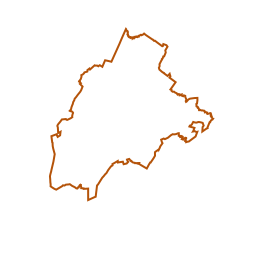 Zantes pag., Kandavas, Latvia (Natural Earth projection), rotated 122°
{"feature_id": "27541924B93807548705439", "entity_name": "Zantes pag.", "entity_type": "district", "adm_level": 2, "iso_a3": "LVA", "parent_name": "Latvia", "parent_adm1": "Kandavas", "projection": "natural_earth1", "projection_center": [22.704, 56.858], "detail": "fine", "context": "isolated", "style": "outline", "palette": "amber", "viewbox_px": 256, "rotation_deg": 122, "n_neighbors": 0, "source": "geoboundaries", "source_scale": "gbopen_adm2", "svg_char_len": 5339}
<svg xmlns="http://www.w3.org/2000/svg" viewBox="0 0 256 256"><g transform="rotate(122 128 128)"><path d="M107.3,69.3L99.4,66.2L94.5,67.2L95.2,67.9L95.3,69.7L96.5,71.0L96.2,71.0L92.7,71.7L94.2,76.7L93.3,76.8L93.1,76.3L91.1,75.7L88.3,75.9L87.8,74.0L87.1,72.7L85.7,71.6L85.1,70.5L84.6,69.2L84.1,67.4L85.9,65.1L87.7,65.2L91.6,63.1L87.1,61.2L85.9,60.4L85.3,60.9L80.1,61.8L80.1,61.6L79.9,61.6L79.6,61.4L79.2,61.4L77.7,61.7L75.9,60.8L75.4,60.8L75.2,60.8L75.3,61.0L75.1,61.4L74.8,62.3L74.7,62.6L74.1,62.8L73.9,63.0L74.2,63.3L74.3,63.5L73.9,64.3L73.7,64.4L73.2,64.3L72.9,64.4L72.9,64.8L72.3,65.0L72.0,65.2L71.7,65.6L71.6,65.8L72.0,66.4L72.6,66.8L73.2,67.3L73.6,67.7L73.6,67.9L73.9,68.1L74.0,68.2L73.9,68.4L73.7,68.6L73.4,68.8L73.6,68.9L73.4,69.3L73.2,69.9L73.2,70.3L74.0,71.1L73.1,71.8L73.0,72.8L73.4,73.2L73.5,74.0L74.2,75.0L74.3,76.2L74.8,76.5L75.2,77.2L74.5,77.7L74.0,78.3L73.8,78.8L73.7,79.0L73.9,79.2L73.8,79.3L73.8,79.8L73.2,80.0L73.2,80.9L73.3,81.4L71.4,82.8L70.6,82.5L67.7,83.8L65.7,85.1L67.3,87.4L70.3,91.0L71.8,91.9L74.5,92.3L75.1,92.6L74.6,93.3L73.1,93.5L72.4,94.3L71.5,95.7L70.4,96.5L70.7,97.9L71.8,98.0L72.1,99.6L71.9,99.9L71.6,99.9L71.5,100.2L71.1,100.3L71.7,101.0L72.5,101.1L73.0,101.6L72.2,102.5L72.5,103.2L73.4,103.6L73.3,104.0L72.7,105.1L73.0,106.9L72.8,108.2L73.6,109.4L73.4,110.8L72.6,111.3L72.8,112.4L63.9,111.9L63.3,119.5L61.7,119.4L60.2,121.2L60.0,121.4L62.9,122.0L62.5,126.9L62.3,126.9L62.4,128.4L62.3,129.5L62.2,129.8L61.8,132.3L60.6,133.7L59.0,133.9L57.8,134.6L57.2,135.1L52.6,135.5L51.9,135.4L51.5,135.8L50.6,135.5L48.6,136.0L48.1,135.3L44.0,136.0L42.4,137.5L38.1,137.6L37.4,139.3L38.1,142.5L39.8,142.0L39.9,141.9L40.3,142.0L40.5,142.3L40.0,148.8L39.7,151.4L39.8,151.6L40.0,151.6L40.3,152.0L39.9,153.7L40.0,153.8L39.7,162.2L39.4,164.4L40.8,164.8L41.0,164.9L41.7,165.4L41.8,165.6L42.0,165.7L41.9,165.9L41.9,166.0L42.2,166.5L42.6,166.7L42.6,166.8L43.3,167.0L43.6,167.3L43.7,167.2L44.3,167.4L44.8,167.3L44.9,167.7L45.1,167.8L45.0,168.0L45.7,168.2L45.6,168.5L45.7,168.8L45.9,168.9L46.2,168.8L46.3,169.0L46.0,169.2L46.0,169.3L46.3,169.4L46.3,169.5L46.1,169.5L46.4,169.9L47.0,170.5L47.4,170.2L47.6,170.2L48.1,170.2L48.4,170.5L48.9,170.5L49.0,170.8L48.9,171.0L48.7,171.3L48.6,171.5L48.8,171.5L49.0,171.4L49.4,171.5L49.3,171.8L49.1,171.9L49.1,172.0L49.4,172.0L49.0,172.4L49.0,172.7L49.8,173.1L50.0,173.5L50.3,173.6L50.3,173.9L49.8,174.0L49.6,174.2L49.7,174.4L50.0,174.6L50.4,175.2L50.4,175.6L50.1,176.0L50.1,176.4L49.8,176.6L49.5,176.4L49.4,176.5L49.4,177.1L48.9,177.4L48.9,177.6L49.0,177.7L49.0,177.9L48.6,177.9L48.1,178.2L47.7,178.4L47.6,178.7L47.4,178.8L46.9,178.8L46.6,179.0L46.4,179.3L46.2,179.6L46.1,179.8L46.3,180.0L46.2,180.2L46.3,180.6L46.2,180.9L46.2,181.2L45.6,181.5L45.2,181.9L45.1,182.2L54.5,180.9L61.4,179.8L80.6,177.2L81.7,180.5L82.7,183.3L89.7,182.2L89.7,185.2L90.5,185.6L91.4,185.9L91.4,187.2L92.4,188.8L92.5,189.5L98.5,191.2L98.0,192.2L98.9,192.5L100.3,193.1L101.4,192.5L101.7,192.4L102.4,193.0L103.9,194.4L104.7,194.4L105.0,194.3L106.4,194.7L106.7,194.8L107.9,195.6L109.2,194.6L111.5,194.0L113.5,194.1L114.2,194.3L114.5,194.2L114.2,193.3L114.6,193.1L114.7,192.9L115.0,191.7L116.1,192.1L116.9,188.5L120.5,187.8L122.5,187.7L126.6,188.2L129.4,188.4L131.2,188.7L131.7,188.7L132.8,188.3L135.0,188.2L137.1,187.5L138.0,187.4L140.5,186.9L142.1,186.3L143.5,186.2L144.2,186.6L144.3,186.6L144.3,185.9L144.0,185.2L143.7,184.7L144.0,183.0L144.3,182.6L145.7,182.3L147.4,181.7L148.1,181.2L148.3,181.0L149.3,181.4L150.0,181.7L153.3,183.8L153.6,184.6L153.3,185.4L155.8,188.6L157.4,188.7L158.7,188.8L161.5,189.2L163.1,189.2L163.7,189.0L164.7,187.8L169.2,184.6L168.2,184.1L167.6,183.5L167.0,183.2L170.2,181.7L172.8,182.9L171.3,185.4L175.5,188.6L176.9,187.5L180.4,184.6L180.6,184.0L181.2,183.7L183.3,182.2L185.1,180.5L187.8,177.6L189.0,176.3L196.1,173.4L204.4,170.6L205.4,170.2L208.4,169.3L210.3,168.6L212.7,166.8L215.7,164.7L215.8,164.5L217.0,163.6L218.5,162.7L218.5,162.3L218.6,160.5L218.6,158.2L218.3,156.2L212.2,153.0L211.1,152.8L210.4,151.3L209.0,150.7L207.2,148.3L206.5,147.6L206.7,144.5L206.5,143.1L206.4,140.9L206.6,140.1L206.3,139.0L205.9,138.8L204.8,138.9L204.4,138.3L203.0,138.6L202.1,138.6L201.8,138.5L201.9,138.4L201.4,137.7L201.9,137.4L203.3,136.1L203.8,135.8L202.7,133.6L203.1,133.3L200.8,130.1L200.5,129.7L210.2,123.6L204.6,119.9L203.4,119.0L194.0,123.4L193.1,123.8L191.9,123.5L189.6,123.5L183.8,123.5L181.8,123.1L179.1,122.8L177.9,122.4L174.0,122.5L169.5,122.1L167.9,121.3L166.8,122.1L165.1,121.1L161.4,119.2L162.6,118.3L159.3,114.5L161.0,112.5L158.8,110.3L156.6,109.9L156.1,111.1L155.7,111.6L155.3,112.1L153.6,110.6L154.2,108.8L154.1,108.0L154.5,108.0L154.6,105.4L153.9,103.7L154.1,103.4L152.8,101.5L152.6,101.2L152.0,100.3L152.9,100.4L152.5,99.1L152.6,98.1L152.4,90.6L147.7,90.9L145.5,90.9L145.3,90.5L143.0,90.4L139.8,90.3L137.2,90.4L134.6,92.1L134.0,92.3L129.7,90.5L129.8,90.4L127.8,90.6L126.6,90.9L122.6,90.7L121.9,91.9L120.3,93.7L118.0,92.1L117.9,90.8L115.1,89.0L111.2,87.7L109.6,86.8L109.6,86.7L108.7,85.1L107.7,84.0L105.9,82.7L105.5,82.2L107.0,81.1L107.7,80.9L107.7,80.2L107.1,79.5L108.0,78.9L107.6,78.4L106.7,78.4L106.4,78.2L106.4,77.1L107.2,77.0L107.6,76.5L108.9,76.5L108.7,75.2L107.2,75.2L107.0,74.5L106.0,74.3L105.7,73.8L105.6,73.4L105.8,73.2L108.3,72.9L108.2,72.4L108.8,72.3L108.7,72.0L108.7,71.6L109.2,71.2L107.8,70.0L107.5,69.6L107.3,69.3Z" fill="none" stroke="#b45309" stroke-width="2"/></g></svg>